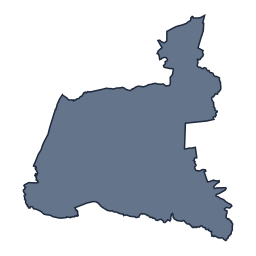 the district of Sawankhalok, Sukhothai, Thailand
{"feature_id": "78962969B82720870655259", "entity_name": "Sawankhalok", "entity_type": "district", "adm_level": 2, "iso_a3": "THA", "parent_name": "Thailand", "parent_adm1": "Sukhothai", "projection": "mercator", "projection_center": [99.858, 17.328], "detail": "fine", "context": "isolated", "style": "filled", "palette": "slate", "viewbox_px": 256, "rotation_deg": 0, "n_neighbors": 0, "source": "geoboundaries", "source_scale": "gbopen_adm2", "svg_char_len": 5823}
<svg xmlns="http://www.w3.org/2000/svg" viewBox="0 0 256 256"><path d="M219.1,180.6L217.6,181.0L215.3,180.6L213.6,180.6L213.5,180.1L209.1,181.7L207.5,181.7L204.1,171.8L205.8,171.2L205.4,169.8L202.6,169.5L199.6,171.0L197.6,170.6L196.8,170.8L195.7,170.0L195.0,168.8L194.6,167.0L195.9,165.7L196.0,164.8L195.4,163.8L194.5,162.9L194.6,162.4L195.1,161.6L193.5,160.5L194.2,159.8L194.5,158.1L196.8,157.7L195.3,147.3L191.0,148.2L189.6,148.0L185.7,148.9L184.5,148.8L185.4,123.2L206.7,121.0L213.9,119.4L213.3,118.5L213.2,117.2L213.8,116.8L215.2,116.9L215.4,116.1L215.9,115.7L216.3,115.0L215.6,114.1L216.1,112.7L217.0,112.2L217.3,111.4L217.1,111.1L216.0,110.9L215.5,110.1L214.7,109.8L214.8,107.8L213.6,106.7L213.9,105.4L213.5,103.9L213.7,102.8L212.2,100.4L211.5,98.5L212.2,97.0L213.4,96.9L213.9,96.0L214.4,95.7L215.2,93.8L217.1,94.2L217.6,94.0L218.1,92.0L219.1,91.7L220.7,89.4L220.8,86.8L220.5,84.1L220.5,82.4L220.0,81.9L219.9,81.0L219.5,80.5L219.4,78.0L219.0,77.6L216.3,76.4L215.3,76.4L214.6,76.1L213.6,75.1L213.0,73.4L211.6,72.7L210.9,72.8L209.9,72.5L209.0,70.5L208.0,70.7L207.4,70.5L206.6,69.6L206.4,68.8L205.8,68.0L204.6,67.7L203.8,67.9L203.1,68.7L201.6,68.3L200.2,67.3L198.8,67.3L197.3,66.1L197.4,64.2L198.0,62.7L197.4,59.3L197.7,59.2L199.2,59.8L200.2,59.4L201.1,57.8L202.6,56.5L203.4,54.7L202.7,53.0L202.5,51.5L203.1,50.6L198.0,47.9L201.5,36.0L202.0,35.5L201.9,35.0L203.3,30.7L203.7,23.2L202.7,23.0L204.6,15.4L200.6,17.6L198.1,18.0L193.9,18.0L192.8,17.5L193.0,16.8L192.2,16.4L190.7,18.0L190.8,19.6L190.3,20.7L188.3,21.7L186.3,23.4L182.4,24.9L177.6,26.1L175.0,27.1L166.9,31.4L166.8,40.8L164.8,42.6L163.9,42.7L162.3,42.1L160.8,41.3L160.1,40.5L159.6,40.2L157.9,40.5L162.0,47.7L158.4,50.7L157.1,53.6L158.4,54.1L159.1,55.5L159.7,59.6L161.2,59.1L161.9,58.3L163.5,57.6L164.8,57.4L166.4,57.8L167.2,59.1L167.5,60.2L167.0,60.8L165.1,61.6L165.4,63.6L163.5,65.6L163.5,65.9L163.9,66.5L163.9,67.0L165.3,67.6L170.8,68.7L172.9,68.6L173.2,68.9L173.2,70.5L172.5,74.2L171.8,75.5L170.2,77.4L170.3,83.2L169.8,84.9L169.2,85.5L165.9,86.0L163.2,83.9L160.8,84.4L160.2,84.1L157.5,84.0L155.8,83.4L154.1,83.5L151.2,84.3L148.6,84.7L147.6,85.1L146.7,85.8L142.9,87.0L141.9,86.5L137.9,86.2L135.1,87.4L133.6,88.7L132.8,88.6L132.1,89.0L131.5,89.7L130.0,90.6L125.9,89.4L124.8,88.3L122.3,87.3L120.7,87.8L116.2,88.1L114.6,88.7L112.8,89.0L111.4,88.6L109.3,88.6L106.4,88.2L103.6,89.0L90.9,91.8L89.5,91.9L87.7,91.6L86.3,92.9L85.4,92.1L84.9,92.4L84.3,92.4L83.7,93.0L83.5,93.9L83.0,94.1L81.7,96.3L80.5,96.5L79.0,98.4L76.6,99.0L75.1,100.2L74.5,100.1L73.7,100.8L73.5,100.0L72.8,100.4L72.4,100.0L68.6,99.9L66.8,97.9L62.7,95.2L62.4,94.7L59.5,99.2L57.2,104.4L55.9,109.4L55.4,109.3L49.9,127.0L48.0,134.4L44.2,141.5L42.5,145.4L41.2,149.5L38.3,154.4L35.0,162.6L34.5,163.3L34.3,164.2L33.8,165.1L33.8,165.6L33.5,165.8L33.5,166.1L34.7,166.6L35.5,166.3L35.8,167.0L36.2,167.1L36.3,168.0L35.4,168.3L35.3,168.7L35.8,169.8L36.7,170.3L36.8,171.5L37.6,172.4L37.5,173.7L37.2,174.4L35.7,173.6L34.9,175.4L35.9,175.4L36.3,175.6L35.6,176.8L36.5,177.4L36.1,179.9L36.5,180.4L37.6,180.3L37.8,180.8L37.7,181.6L38.2,182.2L37.7,182.7L34.8,182.9L28.8,182.6L24.5,184.8L23.9,185.7L25.1,186.9L24.9,187.2L25.0,187.5L25.4,187.6L24.7,188.5L24.5,189.3L23.5,189.8L23.3,191.0L24.3,193.0L25.1,193.5L25.1,194.4L25.5,194.6L25.0,195.2L24.2,195.4L24.2,196.1L24.8,198.2L24.6,199.0L25.0,199.2L25.0,199.9L25.7,200.3L25.6,202.5L26.6,204.6L27.4,204.7L27.4,206.1L28.2,206.7L28.7,208.0L30.0,208.0L30.5,206.6L32.4,206.8L33.1,207.4L33.4,208.7L36.5,209.3L39.8,210.9L41.0,211.5L43.9,214.1L46.2,214.7L50.2,215.2L52.7,216.6L58.9,218.0L61.9,218.1L66.5,217.5L66.6,216.9L69.6,217.4L70.3,217.3L70.4,217.6L71.6,217.1L71.9,216.8L73.0,216.9L74.6,216.7L74.9,216.1L76.0,216.2L76.2,215.8L76.9,215.5L77.4,216.1L78.2,215.6L77.6,213.4L77.7,212.0L77.2,211.5L77.5,211.0L77.0,210.6L76.5,210.6L76.5,210.2L76.0,209.5L75.7,209.4L74.9,207.7L86.8,203.1L93.2,201.5L95.0,201.8L96.1,201.7L97.4,202.8L98.2,202.9L98.7,203.5L99.1,204.4L99.9,204.8L100.2,205.4L102.0,207.1L107.3,210.4L110.7,211.1L112.1,210.6L113.6,211.8L116.4,212.1L119.5,213.5L123.3,214.3L123.7,215.6L124.5,215.1L126.9,215.1L130.3,216.4L134.9,216.7L136.1,217.6L139.0,216.9L139.0,216.1L139.7,215.1L141.3,213.6L142.7,214.1L144.1,213.8L147.1,215.1L147.2,215.5L148.3,215.5L150.1,217.4L150.9,217.5L152.0,217.2L152.6,218.1L154.6,218.4L155.1,218.8L155.5,219.8L156.2,220.1L157.6,220.5L158.8,219.8L160.9,219.3L162.3,220.2L163.3,221.1L163.5,222.1L164.3,222.5L165.2,222.4L167.8,219.8L169.9,221.0L170.9,219.1L170.6,217.6L171.4,215.1L171.3,214.4L172.5,213.5L172.9,213.9L173.2,217.5L173.8,217.8L174.1,218.8L175.8,219.8L176.8,220.1L177.1,220.6L181.9,221.2L183.8,220.4L186.7,223.7L188.6,224.1L189.6,224.1L189.8,224.7L191.6,226.4L191.7,226.8L192.5,226.8L193.0,227.6L193.5,227.5L193.8,227.0L195.0,227.5L195.5,227.0L196.9,227.5L197.8,226.6L199.6,227.1L200.5,225.9L201.9,225.8L202.2,226.5L203.4,227.3L204.3,227.7L205.3,227.7L205.4,228.8L206.2,229.6L208.5,229.3L208.3,229.8L208.6,230.4L209.9,231.0L210.3,231.5L211.5,231.5L211.4,233.2L211.9,236.2L213.8,236.0L213.9,236.5L215.3,236.2L218.5,237.9L220.7,238.0L221.6,237.8L222.8,238.1L223.7,239.2L225.7,240.6L226.6,239.8L227.0,238.7L228.0,238.0L228.6,236.0L229.7,235.7L230.0,234.6L231.1,234.0L231.3,232.2L232.3,229.9L232.3,226.5L232.7,223.9L232.0,223.0L231.4,222.6L231.6,221.4L230.4,220.8L230.2,220.2L229.1,219.7L228.7,218.7L228.1,218.7L227.6,219.0L226.3,217.7L226.0,216.9L226.3,215.8L226.4,214.1L227.1,212.8L226.9,210.6L225.1,210.3L224.4,208.9L225.7,207.9L226.6,207.4L229.2,208.1L229.7,208.0L231.7,206.2L231.8,205.8L230.9,204.5L228.5,203.4L225.8,201.7L223.6,199.6L220.0,198.1L218.2,196.8L216.2,196.1L215.9,195.8L215.9,195.1L216.8,194.2L218.6,193.8L225.2,190.1L226.1,188.4L225.8,187.8L224.8,187.7L216.6,187.9L214.8,188.5L213.9,187.8L213.6,187.1L214.1,186.2L216.8,183.4L219.0,182.3L219.3,181.5L219.1,180.6Z" fill="#64748b" stroke="#1e293b" stroke-width="1.5"/></svg>